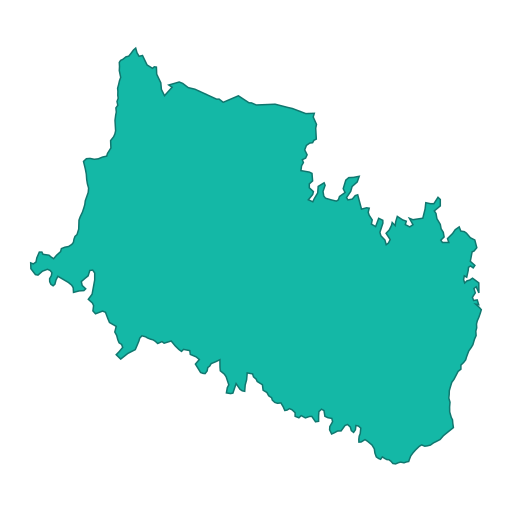 Bossoroca, Rio Grande do Sul, Brazil (Equal Earth projection)
{"feature_id": "56859067B25851744085744", "entity_name": "Bossoroca", "entity_type": "district", "adm_level": 2, "iso_a3": "BRA", "parent_name": "Brazil", "parent_adm1": "Rio Grande do Sul", "projection": "equal_earth", "projection_center": [-54.962, -28.651], "detail": "fine", "context": "isolated", "style": "filled", "palette": "teal", "viewbox_px": 512, "rotation_deg": 0, "n_neighbors": 0, "source": "geoboundaries", "source_scale": "gbopen_adm2", "svg_char_len": 5528}
<svg xmlns="http://www.w3.org/2000/svg" viewBox="0 0 512 512"><path d="M438.0,197.3L433.9,203.7L430.5,203.7L425.8,202.7L425.1,209.0L422.8,218.2L412.9,219.7L409.4,218.3L413.0,224.7L409.7,226.9L405.3,224.6L406.3,221.2L402.5,219.8L397.3,216.4L395.7,221.7L395.2,225.6L392.2,222.5L391.5,225.4L389.3,229.9L386.1,233.3L390.2,239.6L388.4,243.1L386.2,244.7L384.9,240.0L380.9,235.8L379.9,232.3L382.9,223.1L382.8,220.3L378.7,218.3L375.6,226.6L371.4,224.1L372.2,219.9L369.2,215.3L368.2,212.3L369.2,208.2L366.6,207.8L361.5,209.1L358.7,198.6L357.7,194.8L355.2,195.6L352.3,199.1L347.9,199.9L346.5,197.6L350.7,191.4L352.1,186.5L357.2,182.0L359.2,176.3L353.5,177.4L348.8,177.6L345.8,180.1L343.2,188.7L345.1,192.5L339.5,196.5L338.4,199.8L336.4,201.1L331.3,199.9L325.5,198.2L323.8,196.1L323.0,191.5L325.1,185.3L324.1,182.8L318.2,186.4L317.7,192.9L314.3,198.6L312.8,201.8L308.3,199.8L312.7,194.5L313.4,191.6L309.3,187.8L309.3,183.9L312.6,180.9L312.0,173.4L309.4,172.1L300.9,170.6L301.6,165.7L303.4,162.6L302.3,159.7L305.6,158.1L307.1,154.8L304.7,149.9L306.4,145.4L309.7,143.1L312.6,142.7L313.9,140.3L316.3,139.1L315.7,128.2L316.5,124.4L313.2,117.0L314.3,113.3L305.8,113.6L292.4,108.5L288.0,107.5L275.1,104.2L256.3,105.0L251.5,102.9L249.0,102.8L238.4,95.8L223.2,102.3L219.1,99.1L216.7,99.2L194.9,89.2L188.2,87.6L182.7,83.4L179.2,82.0L168.8,85.0L172.1,87.2L164.5,95.7L161.4,89.4L160.8,82.8L156.7,74.2L156.4,67.1L154.3,66.8L152.5,68.3L147.1,65.0L142.5,55.5L139.1,56.3L137.0,52.8L135.7,48.1L133.5,50.0L130.9,53.5L128.7,56.2L126.0,56.8L122.9,59.3L120.6,60.4L119.3,62.4L119.5,66.6L119.3,70.6L120.7,77.4L119.5,80.7L118.6,84.6L117.6,88.3L117.9,91.2L117.8,95.4L118.2,98.2L117.0,101.5L117.8,105.3L115.9,107.9L116.3,112.1L115.7,115.0L115.0,120.3L115.6,130.8L114.9,133.9L113.6,136.8L110.6,140.6L110.9,148.0L107.5,153.4L106.7,156.1L102.4,157.1L98.3,158.8L94.3,159.3L90.0,158.4L86.4,158.7L83.5,161.4L85.3,168.8L86.3,174.0L86.7,179.5L87.4,183.8L88.6,188.1L88.2,192.5L86.5,197.3L85.3,200.7L84.8,204.6L83.8,208.0L82.5,212.0L80.2,216.8L79.0,220.1L78.7,229.1L77.0,234.6L75.0,236.4L74.0,239.1L73.4,242.4L71.8,244.4L68.6,246.5L64.9,247.2L61.4,248.6L60.6,251.6L56.6,255.2L53.6,258.7L51.2,257.1L49.0,255.2L43.0,254.3L41.9,252.1L39.3,252.1L36.8,257.9L36.0,262.0L33.3,263.9L30.7,262.9L30.9,268.7L35.4,274.6L38.0,275.1L42.4,271.2L47.4,269.3L50.1,270.4L51.9,272.7L51.3,275.8L49.6,278.7L49.7,281.7L50.9,284.3L53.1,285.8L54.9,284.2L56.0,280.0L57.9,276.3L68.3,282.4L71.7,285.2L73.2,287.7L73.5,292.4L79.2,290.9L83.9,290.6L85.7,288.8L82.2,285.5L81.3,281.6L85.1,278.3L88.1,275.9L89.8,270.5L92.7,270.1L94.7,273.0L94.7,279.9L92.1,294.2L88.3,299.3L92.4,303.0L93.6,305.6L92.9,310.9L95.5,313.8L102.6,311.1L105.5,312.3L107.8,318.5L109.5,322.5L116.2,326.4L114.8,332.0L116.7,335.5L117.8,339.7L119.1,342.8L121.6,344.4L122.7,347.4L119.2,351.6L116.2,354.7L120.7,359.1L127.9,353.4L135.3,349.6L137.5,344.4L138.9,341.0L139.7,338.2L141.9,335.8L145.6,336.8L147.4,337.9L150.3,339.1L153.2,339.9L155.3,341.3L157.7,343.5L162.0,341.6L164.1,343.2L171.2,341.0L175.2,345.9L178.9,349.5L181.5,351.4L183.5,349.4L189.8,350.6L190.3,354.4L196.2,356.9L199.3,359.5L195.4,364.1L200.6,372.5L203.1,373.4L205.1,373.6L207.1,371.0L207.8,367.5L209.6,366.2L211.2,363.6L215.8,361.7L219.9,359.7L220.0,367.2L220.3,370.8L224.3,374.1L226.1,376.7L228.8,384.8L227.3,387.7L226.4,392.9L230.6,393.6L232.9,393.1L236.1,383.6L240.0,389.3L242.2,390.8L244.7,391.3L245.2,385.0L246.6,379.8L247.2,372.9L252.6,373.9L253.5,376.8L256.2,379.2L257.2,381.5L262.4,384.7L263.1,390.2L266.9,392.5L268.7,395.8L271.6,397.7L272.3,400.1L274.8,402.4L277.5,403.3L280.9,402.9L283.2,406.8L284.8,410.5L287.0,410.1L289.5,408.6L292.2,409.9L295.1,412.7L295.1,416.3L298.9,417.8L301.2,415.6L305.4,417.9L309.4,416.5L311.8,416.4L315.5,421.8L318.6,421.3L318.6,415.9L318.9,411.6L321.5,409.2L324.0,410.6L324.9,416.3L327.9,417.7L331.8,418.4L332.6,421.7L329.8,426.6L329.6,429.8L331.6,434.0L334.1,432.9L337.6,431.0L341.1,430.9L345.0,425.5L347.5,424.5L350.3,427.0L351.3,430.6L353.6,432.4L355.4,429.8L355.9,425.5L358.4,426.0L360.8,428.1L360.2,433.7L359.2,436.2L358.8,439.3L358.9,442.1L361.1,442.0L365.0,439.6L367.6,441.3L372.0,445.0L374.3,448.8L374.9,453.0L376.3,456.9L378.6,458.5L380.6,459.3L382.3,456.9L384.8,458.5L386.9,459.6L388.9,459.7L391.0,461.3L392.9,463.5L395.6,463.9L398.4,462.7L400.6,462.1L404.0,462.8L406.6,461.9L408.7,461.5L409.5,459.1L410.8,455.8L413.1,452.7L415.5,450.0L419.2,446.4L421.6,444.9L424.7,446.2L427.1,445.9L430.4,445.1L433.6,442.8L436.3,441.5L440.1,439.5L443.4,435.7L445.2,434.2L453.4,427.6L452.8,423.3L452.5,419.8L451.3,417.5L449.7,412.0L449.6,407.0L450.0,402.2L448.8,398.1L449.2,394.3L449.3,390.7L450.5,386.5L451.8,382.3L454.0,379.3L456.8,373.9L458.1,371.4L460.9,369.2L460.9,365.1L463.6,362.5L465.7,359.8L466.5,357.0L467.5,354.3L468.8,350.9L471.3,347.4L472.9,344.7L473.7,341.9L474.5,339.2L476.1,335.6L475.8,331.1L476.7,327.9L476.5,324.0L477.3,320.8L478.8,317.4L480.3,313.1L481.3,309.7L479.4,307.5L475.7,304.2L478.7,304.7L477.2,299.9L473.6,300.5L472.4,297.3L475.3,292.9L473.9,288.5L476.2,286.8L478.9,292.9L478.8,282.9L475.1,280.1L472.5,278.2L469.7,280.1L467.0,280.8L464.7,283.0L463.6,279.7L464.3,275.8L466.7,277.2L468.2,270.5L468.5,267.3L470.5,266.0L473.2,267.9L474.9,265.4L470.3,261.3L472.1,251.9L474.1,251.0L476.8,247.7L474.8,240.0L470.3,237.7L466.4,233.1L464.2,231.6L460.8,231.1L459.2,226.9L455.2,229.7L452.6,233.5L447.5,238.6L448.8,242.5L442.5,242.5L440.8,240.2L444.1,237.0L443.3,232.3L441.1,228.8L440.3,224.4L436.9,218.7L436.0,213.5L434.3,210.9L440.3,205.9L440.3,199.5L438.0,197.3Z" fill="#14b8a6" stroke="#0f766e" stroke-width="1.5"/></svg>